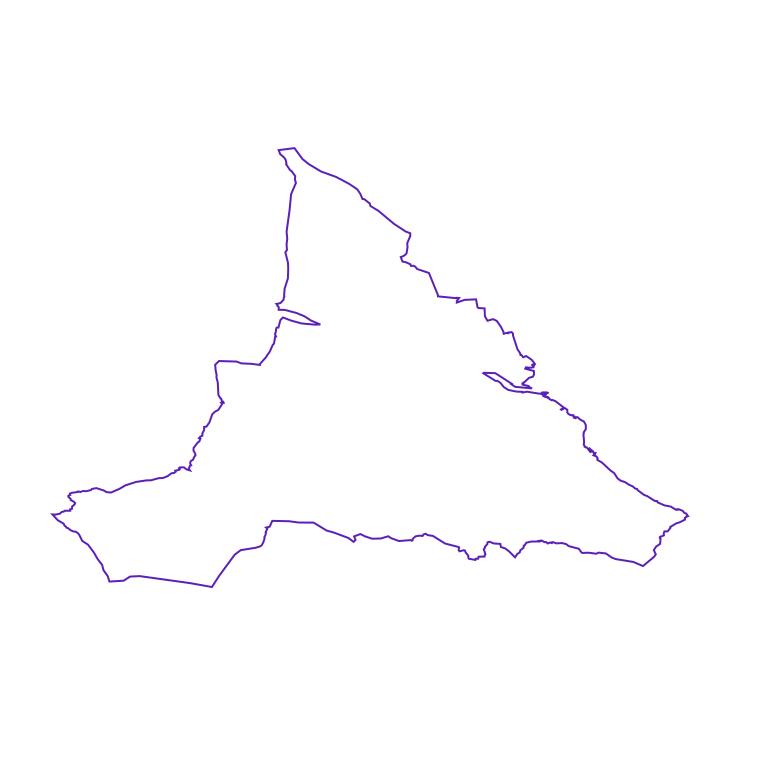 Drammen nor, Buskerud, Norway, rotated 6°
{"feature_id": "86288312B37235196254679", "entity_name": "Drammen nor", "entity_type": "district", "adm_level": 2, "iso_a3": "NOR", "parent_name": "Norway", "parent_adm1": "Buskerud", "projection": "natural_earth1", "projection_center": [10.161, 59.728], "detail": "fine", "context": "isolated", "style": "outline", "palette": "violet", "viewbox_px": 768, "rotation_deg": 6, "n_neighbors": 0, "source": "geoboundaries", "source_scale": "gbopen_adm2", "svg_char_len": 6115}
<svg xmlns="http://www.w3.org/2000/svg" viewBox="0 0 768 768"><g transform="rotate(6 384 384)"><path d="M694.3,478.9L690.1,477.7L689.6,477.8L690.1,478.0L689.6,478.3L687.6,478.6L681.9,475.9L675.6,475.4L668.5,473.1L667.9,471.9L665.6,472.0L657.3,467.9L654.4,467.2L647.4,463.1L646.8,462.0L644.7,461.7L642.0,459.8L637.8,458.4L634.0,456.4L629.2,455.3L626.0,453.3L622.2,448.5L618.2,446.3L609.1,439.4L604.4,437.3L603.9,436.4L604.2,435.5L602.8,433.8L599.9,433.0L601.3,431.5L601.5,430.6L599.9,431.0L599.2,429.3L597.5,429.6L598.5,428.1L597.6,428.6L594.4,425.9L597.4,428.9L596.3,430.0L592.4,426.0L592.8,425.6L591.4,426.0L590.1,425.4L590.1,424.7L589.0,423.5L589.1,421.0L587.6,413.2L587.9,412.0L587.6,411.3L589.4,407.9L589.0,403.7L586.8,400.5L582.7,398.8L580.0,396.8L578.8,396.9L578.2,398.0L576.4,397.6L576.8,396.4L575.0,395.8L575.2,395.3L572.6,395.4L570.5,394.5L569.3,393.2L569.0,390.5L566.7,389.2L565.7,389.3L563.3,391.2L562.7,390.8L565.5,388.8L556.4,383.2L553.3,382.3L552.3,382.6L548.0,380.5L548.6,380.0L548.2,379.8L546.1,380.1L543.9,379.4L544.1,378.9L543.2,378.3L546.0,377.9L546.1,377.5L542.8,378.0L541.4,377.4L547.4,376.2L547.8,375.7L546.9,375.3L542.3,375.8L541.9,376.3L542.3,376.5L542.0,376.9L539.4,377.4L526.9,376.7L522.7,378.0L522.5,377.3L516.6,377.7L508.2,376.9L503.6,374.6L499.7,370.7L496.6,369.1L494.5,369.2L481.6,362.9L482.1,362.4L493.6,361.6L511.0,370.4L510.5,370.8L514.7,373.1L531.7,372.9L527.8,371.5L527.9,370.9L522.3,370.2L522.5,369.5L521.7,369.5L521.6,368.8L523.6,367.3L527.6,362.7L531.3,361.2L532.2,358.9L531.7,355.4L522.9,354.0L523.4,352.6L527.2,352.6L530.9,351.8L531.0,351.0L528.7,349.0L530.6,349.9L531.4,349.6L531.9,348.8L531.3,348.2L531.6,347.9L528.5,344.6L522.5,341.3L519.7,342.9L517.3,340.5L516.7,340.8L515.9,338.8L513.2,335.7L507.2,322.2L507.0,320.4L505.6,319.1L502.3,319.8L502.3,320.5L500.7,320.4L497.8,321.5L497.3,319.5L494.2,314.8L489.5,309.4L485.6,308.1L480.3,310.3L477.3,306.1L476.1,298.3L470.1,298.6L469.0,297.9L466.7,290.2L455.4,291.9L447.9,295.4L447.8,293.9L449.7,290.6L447.1,290.7L447.1,291.1L428.5,291.2L428.2,289.7L417.1,268.9L405.0,266.2L402.8,264.0L400.8,263.4L398.4,263.7L397.8,262.2L392.9,260.6L389.6,260.3L387.4,256.0L389.8,254.8L391.9,253.0L392.8,251.5L393.1,245.5L392.4,241.6L394.7,233.9L394.3,231.3L389.6,230.1L377.2,223.7L360.2,212.3L351.9,208.4L351.0,206.0L345.0,202.2L343.3,202.3L340.5,197.3L337.1,193.2L328.2,188.5L314.8,183.1L299.3,179.3L286.2,173.2L279.4,168.8L270.3,158.8L254.8,162.4L256.7,166.2L261.1,169.3L262.8,171.3L263.9,174.8L263.7,175.7L268.3,181.2L269.7,181.8L274.0,186.5L274.0,189.9L275.4,193.2L271.8,204.8L271.9,221.1L271.2,242.8L272.6,249.6L272.5,255.4L273.5,260.9L272.1,263.2L275.9,273.7L276.7,279.5L277.4,289.0L275.2,299.6L275.4,306.1L275.8,307.6L275.3,308.4L275.3,310.7L272.6,314.3L268.8,315.6L269.7,316.2L269.6,317.1L271.2,318.4L271.5,321.2L277.6,320.7L289.4,322.5L297.9,325.0L304.7,328.5L314.5,331.5L308.6,332.2L295.8,332.4L285.3,330.7L276.6,328.4L274.3,331.2L273.1,338.9L271.7,339.0L271.0,339.8L270.9,343.8L270.4,345.8L271.6,348.0L270.8,348.1L270.4,355.3L269.3,356.7L266.9,364.1L264.4,368.2L264.3,369.1L258.4,377.2L258.6,378.0L249.9,377.8L239.9,378.4L235.0,377.1L217.5,378.4L214.1,382.5L215.1,387.8L216.6,392.6L216.7,395.1L218.5,399.7L220.5,412.4L223.1,415.6L223.7,415.7L224.7,418.6L226.0,418.4L226.5,419.5L224.3,419.8L225.2,420.6L222.0,427.0L218.8,429.2L216.4,432.0L214.4,440.4L211.9,444.9L209.6,445.5L209.9,448.7L208.5,452.1L208.8,454.4L206.7,455.7L205.7,457.2L207.1,457.6L206.4,460.3L204.6,462.1L201.3,467.6L201.5,470.2L203.4,472.8L204.0,474.7L203.1,475.9L201.9,479.3L199.9,480.9L199.5,482.3L199.6,483.6L200.7,485.0L199.5,485.7L198.7,488.6L200.0,490.2L196.3,489.5L193.7,487.8L189.7,488.3L188.9,489.2L189.8,490.1L189.0,490.9L185.5,492.0L186.0,493.0L184.5,494.4L182.0,495.0L178.4,498.3L173.7,500.7L170.1,501.1L162.1,504.2L158.2,504.6L147.7,507.3L137.3,511.9L131.9,515.9L123.8,520.5L119.2,520.5L116.6,519.2L108.8,517.6L104.5,518.9L103.7,520.1L99.5,521.6L95.5,522.0L93.3,523.2L90.9,522.8L90.5,523.5L85.4,524.7L83.1,525.8L82.9,527.0L83.3,527.3L81.8,528.2L81.8,529.1L84.4,531.1L84.5,532.1L87.8,533.5L89.3,534.7L88.9,536.1L86.6,538.5L86.7,540.7L84.9,541.5L85.2,542.8L79.5,543.5L79.0,544.3L76.8,545.0L75.1,546.9L70.9,548.2L67.9,548.4L73.8,553.6L80.0,556.4L81.0,558.2L82.5,559.0L83.1,560.0L85.1,560.5L87.4,562.1L90.4,563.1L92.8,563.1L95.1,564.3L96.5,565.6L100.3,571.6L106.4,574.7L113.0,581.8L117.5,588.0L122.6,593.4L124.5,598.5L129.3,603.9L131.6,609.2L145.7,606.8L151.5,602.1L160.9,600.6L212.0,602.3L234.1,603.9L240.1,592.0L253.4,569.3L258.9,564.2L273.4,560.3L277.3,558.7L279.2,557.3L280.5,554.1L281.4,550.1L281.0,548.8L281.8,547.0L282.2,544.1L281.8,543.7L283.1,540.2L281.7,539.1L285.2,537.9L287.2,531.8L303.9,530.4L313.7,530.7L328.4,529.2L342.4,535.8L349.3,536.9L364.8,540.9L370.3,544.2L372.0,542.0L370.2,538.7L376.2,535.7L381.0,537.5L388.3,539.1L396.9,538.0L404.1,535.0L407.3,536.6L415.3,538.6L426.6,536.5L428.0,537.0L428.7,536.4L428.4,536.0L429.3,534.4L431.3,532.2L435.3,531.1L438.2,531.1L439.0,529.5L441.2,528.6L443.2,529.7L448.6,530.0L461.5,536.3L475.0,538.3L475.8,538.7L475.6,541.3L476.5,542.5L480.7,541.0L482.0,541.3L482.9,543.1L485.8,546.0L485.8,547.2L486.6,548.9L493.3,549.4L493.5,548.2L495.9,547.9L496.1,545.9L502.0,545.1L502.0,543.9L502.7,542.9L500.5,537.9L501.4,536.6L501.4,535.3L503.6,532.3L503.4,530.8L504.3,530.2L505.7,529.9L509.7,531.1L516.4,530.9L517.3,533.9L521.6,534.8L525.9,537.4L532.4,542.7L534.3,539.1L536.6,537.3L536.9,535.2L539.9,532.3L539.9,530.1L540.7,529.8L542.1,527.0L547.0,525.3L555.4,524.3L555.8,524.1L555.1,523.7L557.1,523.2L560.2,524.5L561.7,524.2L563.5,525.5L565.3,524.4L567.5,524.6L567.5,523.9L568.7,523.6L571.8,524.5L577.7,523.6L582.0,524.2L584.6,525.9L595.0,527.5L597.8,530.7L598.9,531.3L605.1,530.4L612.8,530.6L615.1,529.3L622.3,529.3L628.9,532.9L632.8,533.9L650.5,534.9L660.6,538.0L670.7,527.6L672.1,525.0L669.7,521.0L671.6,517.3L675.3,514.1L675.2,508.9L674.3,508.1L674.5,507.2L678.2,505.3L677.8,503.4L678.3,501.3L681.5,500.9L683.9,497.1L683.6,496.3L689.3,492.0L692.6,490.6L697.5,487.4L697.2,485.7L698.6,484.7L698.6,484.1L700.1,483.6L698.2,481.3L696.2,480.8L694.3,478.9Z" fill="none" stroke="#5b21b6" stroke-width="2"/></g></svg>